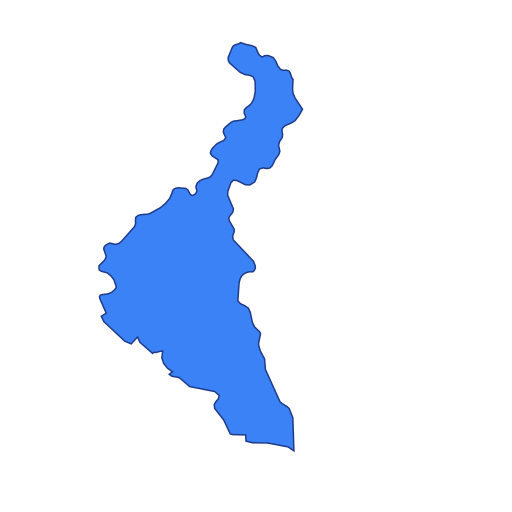 map outline of Meurthe-et-Moselle (Natural Earth projection), rotated 45°
{"feature_id": "FRA-5325", "entity_name": "Meurthe-et-Moselle", "entity_type": "Metropolitan department", "adm_level": 1, "iso_a3": "FRA", "parent_name": "France", "parent_adm1": "", "projection": "natural_earth1", "projection_center": [5.998, 48.953], "detail": "fine", "context": "isolated", "style": "filled", "palette": "blue", "viewbox_px": 512, "rotation_deg": 45, "n_neighbors": 0, "source": "natural_earth", "source_scale": "10m", "svg_char_len": 2957}
<svg xmlns="http://www.w3.org/2000/svg" viewBox="0 0 512 512"><g transform="rotate(45 256 256)"><path d="M148.4,102.0L150.6,102.3L155.0,104.5L157.4,105.0L163.7,112.0L167.2,114.8L172.3,116.8L185.1,119.3L187.0,126.1L187.9,132.7L187.2,136.1L184.4,143.2L184.3,146.6L185.0,148.2L186.1,149.3L188.6,151.1L190.1,152.7L190.9,154.2L191.7,158.2L193.6,161.7L198.8,165.1L200.4,168.1L201.4,174.4L203.6,180.7L203.6,183.8L202.0,186.4L198.7,188.7L196.9,192.0L198.5,196.2L201.2,200.6L202.7,204.5L201.5,210.0L198.0,213.2L189.4,216.0L186.4,218.3L186.5,222.1L190.4,230.2L193.0,233.1L206.6,238.6L207.8,240.0L208.7,241.8L209.3,247.0L210.1,248.7L212.4,250.0L221.6,252.5L223.3,254.1L225.6,258.7L228.6,260.7L257.8,261.5L262.1,263.3L264.0,264.9L265.0,267.3L265.0,269.1L264.4,270.0L262.5,271.8L261.0,274.4L260.1,277.2L260.0,280.2L260.9,283.3L263.0,286.9L274.9,300.6L278.9,300.7L283.1,299.1L287.4,298.3L291.6,299.8L300.4,305.5L305.2,307.2L312.6,307.1L314.3,307.9L319.2,315.4L321.0,317.3L326.2,320.1L334.8,322.7L343.0,329.6L375.8,342.0L378.8,341.9L384.6,340.5L387.4,340.4L396.5,344.4L420.6,367.0L413.7,368.3L396.2,380.2L385.5,390.6L379.9,394.0L375.2,389.8L365.8,398.8L363.6,400.0L349.2,394.8L334.4,393.0L331.4,390.4L330.6,386.9L330.3,383.4L328.6,380.7L322.7,381.0L301.5,395.2L287.6,396.3L281.4,400.6L278.3,401.0L278.8,397.0L272.9,397.9L266.8,397.3L261.4,394.6L257.3,389.2L255.6,391.3L253.4,395.0L251.8,396.4L251.8,398.0L234.9,399.1L229.5,397.0L229.9,406.4L223.4,409.0L194.9,410.0L189.2,408.0L190.5,402.3L175.5,396.5L174.0,395.3L173.6,393.7L174.9,391.5L176.9,389.2L178.6,386.5L179.7,383.5L179.9,379.9L179.7,378.2L179.3,377.1L178.5,376.3L172.4,373.3L167.5,372.6L162.6,373.2L157.2,376.3L154.8,376.7L151.9,374.0L151.8,373.1L151.9,366.4L151.5,364.6L150.7,362.9L149.9,361.9L143.5,358.8L142.3,357.2L142.0,355.0L143.3,350.4L148.5,347.1L150.2,343.9L150.5,340.2L149.3,321.0L148.2,318.5L145.7,316.2L143.6,313.6L144.0,310.6L145.8,307.6L149.8,303.1L151.0,300.8L154.2,289.5L154.8,283.0L154.3,276.5L152.1,270.9L151.2,269.4L150.7,267.9L150.7,266.4L151.4,264.7L152.9,262.6L158.5,257.9L161.0,257.5L165.8,258.8L167.9,258.5L168.7,257.4L169.1,255.8L169.1,254.1L168.7,252.7L167.8,251.5L165.3,250.1L164.2,249.1L162.9,246.1L163.0,242.8L164.1,239.6L167.1,234.1L167.7,231.8L167.5,229.4L163.3,216.9L161.1,214.8L153.9,216.3L151.1,215.6L149.7,213.3L149.0,210.5L149.0,204.7L149.4,202.7L151.5,197.1L151.0,193.7L145.5,191.7L143.5,189.2L143.2,186.4L143.8,179.4L144.6,176.8L150.3,169.1L151.0,166.3L150.2,164.8L146.6,163.3L144.4,161.0L144.2,158.2L144.7,155.0L144.9,151.5L144.0,148.2L142.6,145.1L138.9,139.9L131.9,133.2L127.6,131.3L123.9,132.6L119.9,135.5L115.0,137.3L100.6,138.2L98.3,137.4L96.4,135.9L95.7,134.8L91.8,125.4L91.4,123.9L91.8,121.7L93.7,118.3L94.2,116.0L99.4,113.4L104.5,110.1L108.3,108.7L114.6,111.2L116.3,111.5L119.3,111.2L120.0,110.2L120.4,108.3L122.9,105.6L127.9,103.5L132.4,104.3L136.8,106.1L141.1,106.7L143.6,105.8L146.2,103.0L148.4,102.0Z" fill="#3b82f6" stroke="#1e3a8a" stroke-width="1.5"/></g></svg>